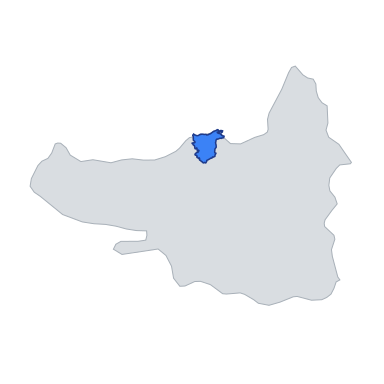 location of Baní, Peravia, Dominican Republic, rotated 176°
{"feature_id": "3306468B54911085338541", "entity_name": "Baní", "entity_type": "district", "adm_level": 2, "iso_a3": "DOM", "parent_name": "Dominican Republic", "parent_adm1": "Peravia", "projection": "natural_earth1", "projection_center": [-70.434, 18.349], "detail": "fine", "context": "in_parent", "style": "filled", "palette": "blue", "viewbox_px": 384, "rotation_deg": 176, "n_neighbors": 0, "source": "geoboundaries", "source_scale": "gbopen_adm2", "svg_char_len": 6300}
<svg xmlns="http://www.w3.org/2000/svg" viewBox="0 0 384 384"><g transform="rotate(176 192 192)"><path d="M51.2,268.5L51.6,251.3L54.0,244.4L51.8,237.1L42.1,229.3L36.2,219.3L30.9,210.4L32.1,209.1L42.7,208.7L46.4,205.5L53.6,196.4L55.0,189.1L54.4,183.5L49.8,176.9L48.0,170.0L53.7,163.9L61.2,155.0L62.3,151.6L62.1,148.3L53.4,138.9L52.8,134.9L56.9,124.8L56.5,118.0L52.5,97.1L50.6,94.0L54.5,92.2L57.1,86.0L60.5,80.4L65.0,77.4L70.1,75.5L80.3,75.7L94.4,80.5L98.3,80.4L111.9,76.0L123.1,73.6L133.6,76.4L137.9,80.2L146.6,86.2L151.0,88.0L164.8,87.8L168.5,88.4L180.1,98.3L189.8,102.3L195.5,102.5L205.6,98.7L210.7,98.8L216.4,107.3L217.6,119.4L222.4,130.5L229.8,137.5L266.2,134.6L274.4,140.4L271.6,145.2L266.4,147.7L249.1,146.6L241.5,147.2L240.0,151.9L240.0,156.4L250.1,157.4L260.1,159.7L270.2,163.2L280.5,165.7L292.1,167.2L303.5,169.8L322.6,178.5L343.7,198.3L349.4,202.8L353.1,209.0L351.3,216.6L343.9,229.1L339.6,233.2L333.4,235.6L329.2,240.7L325.1,249.5L322.6,250.2L319.6,249.8L314.5,244.9L310.9,237.3L300.7,230.1L288.6,231.1L270.8,226.8L260.0,228.9L249.3,229.3L238.2,227.2L227.1,226.5L216.1,229.1L205.3,233.7L201.4,236.6L194.5,243.7L190.8,246.4L164.7,250.0L157.2,244.7L150.2,237.6L140.2,236.6L125.6,242.1L116.5,244.2L112.7,246.5L111.7,249.2L111.6,259.2L109.6,265.3L95.3,288.2L87.3,304.3L84.0,309.3L80.2,310.4L73.2,301.1L68.7,297.7L63.2,296.1L60.9,291.1L61.0,284.1L59.5,277.3L56.1,272.0L51.2,268.5Z" fill="#d9dde1" stroke="#a8b0b8" stroke-width="1"/><path d="M156.1,245.3L156.3,245.6L156.5,245.5L156.8,245.7L157.0,245.8L157.6,245.8L157.8,246.0L157.9,246.3L158.3,246.3L158.5,246.5L158.6,247.0L158.8,247.0L158.9,247.3L159.1,247.4L159.2,247.5L159.2,247.8L159.5,247.9L159.7,248.2L159.8,248.3L160.0,248.6L160.2,248.3L160.6,248.4L160.6,248.6L160.8,248.5L161.0,248.6L161.2,248.8L161.3,248.8L161.2,248.7L161.3,248.6L161.6,248.7L161.7,248.9L161.8,248.9L162.0,249.0L162.4,249.2L162.5,249.3L162.6,249.6L162.4,249.7L162.4,249.8L162.6,249.9L162.6,250.0L162.0,250.0L162.0,249.8L162.0,249.5L161.9,249.5L161.9,249.3L161.8,249.2L161.7,249.1L161.5,248.9L161.4,249.0L161.6,249.1L161.9,249.5L161.9,249.8L161.6,250.1L161.4,250.1L161.3,250.3L161.2,250.4L160.9,250.4L160.8,250.5L160.6,250.3L160.3,250.4L160.1,250.2L159.8,250.1L159.7,250.2L159.8,250.3L159.7,250.4L159.7,250.6L159.3,250.6L159.2,250.4L158.8,250.4L158.6,250.4L158.6,250.2L158.5,249.9L158.4,249.9L158.4,250.1L158.5,250.2L158.4,250.2L158.5,250.3L158.3,250.3L158.3,250.2L158.0,250.2L158.1,250.4L158.1,250.7L158.1,250.8L157.9,250.8L157.9,250.7L157.7,250.6L157.6,250.4L157.7,250.2L157.7,249.8L157.8,249.7L158.1,249.5L158.3,249.3L158.4,249.5L158.4,249.8L158.5,249.8L158.5,249.2L158.8,248.9L158.7,249.0L158.3,249.2L158.1,249.4L157.8,249.5L157.7,249.6L157.6,249.8L157.5,250.0L157.5,250.3L157.3,250.5L157.2,250.9L157.8,251.1L158.2,251.1L158.5,251.1L158.8,251.1L158.9,251.3L159.2,251.1L159.3,251.2L159.5,251.1L159.9,251.0L160.5,251.0L160.8,251.2L161.0,251.3L161.1,251.5L161.3,251.6L161.5,251.9L161.7,252.3L161.8,252.3L161.8,252.1L162.0,252.3L162.2,252.2L162.3,252.4L162.5,252.4L162.6,252.1L162.9,252.1L163.1,251.9L163.3,251.9L163.5,251.8L163.8,251.7L164.1,251.6L164.3,251.5L164.5,251.5L164.9,251.3L165.0,251.3L165.2,251.2L165.6,251.3L165.7,251.2L165.8,251.2L166.2,251.0L166.2,250.8L166.3,250.8L166.5,250.7L166.8,250.6L167.0,250.6L167.3,250.4L167.5,250.1L167.8,250.0L168.3,249.7L168.5,249.5L168.7,249.3L168.9,249.3L169.1,249.1L169.3,249.1L169.9,248.7L170.1,248.6L170.3,248.7L170.5,248.6L170.9,248.5L171.3,248.3L171.5,248.2L171.8,248.0L172.4,247.9L173.2,247.9L173.2,248.0L173.4,248.1L173.6,248.2L173.8,248.3L174.0,248.5L174.3,248.6L174.6,248.5L175.2,248.6L175.7,248.5L176.1,248.7L176.3,248.6L176.6,248.7L176.6,248.8L176.9,248.9L177.1,248.9L177.3,249.0L177.5,249.0L178.1,248.9L178.3,249.0L178.4,248.9L178.7,249.0L178.7,248.9L178.9,248.9L179.7,248.9L179.8,248.7L180.0,248.7L180.4,248.7L180.6,248.6L180.9,248.4L181.0,248.3L181.2,248.2L181.3,248.2L181.5,248.1L182.1,247.8L182.5,247.8L182.8,247.9L183.2,247.9L183.4,248.0L183.7,248.0L184.2,248.3L184.3,248.4L184.4,248.5L184.6,248.5L185.3,248.7L185.3,248.8L185.5,248.9L185.7,249.2L185.9,249.2L185.9,249.3L186.2,249.5L186.2,249.4L186.3,249.3L186.4,249.2L186.5,249.2L186.8,249.0L187.2,248.8L187.3,248.4L187.3,248.1L187.0,247.7L186.9,247.2L186.9,246.2L187.1,245.6L186.9,245.2L186.9,244.8L187.1,244.0L187.1,243.8L186.8,243.2L186.2,242.8L185.7,242.2L185.6,241.9L185.6,241.2L186.0,240.9L187.2,241.0L187.9,240.9L188.5,240.7L188.5,240.4L188.3,240.2L187.8,240.0L187.7,239.8L187.6,239.2L187.5,238.9L187.2,238.7L186.6,238.3L186.4,238.2L186.3,237.5L186.2,237.0L186.1,235.5L185.8,234.9L185.5,234.8L185.2,234.8L184.9,235.0L184.4,235.6L184.2,235.6L184.0,235.3L184.0,233.9L184.0,233.6L183.7,233.0L183.6,232.9L183.2,232.7L182.9,233.2L182.7,233.3L182.5,233.2L182.3,232.8L182.2,232.6L182.3,232.5L182.4,232.4L183.0,232.4L183.0,231.9L183.3,231.1L183.7,231.1L184.2,231.4L184.7,230.9L185.3,230.6L185.5,230.2L186.1,229.9L186.3,229.5L186.4,229.2L186.4,228.9L186.1,228.6L185.8,228.4L185.1,228.3L184.9,228.2L184.8,227.6L184.7,227.5L184.4,227.4L184.4,227.0L184.7,226.6L184.7,226.4L184.4,226.2L184.2,225.8L183.5,225.6L183.2,225.2L182.9,225.2L182.5,225.5L182.4,225.5L182.2,225.2L182.1,224.8L182.4,224.3L182.4,224.0L182.2,223.4L181.9,223.1L181.4,223.0L181.2,222.9L181.0,222.4L180.5,221.8L180.3,221.6L179.9,221.5L179.7,221.4L179.4,221.1L179.2,220.6L178.6,220.2L178.4,220.2L177.8,220.4L177.5,220.6L177.3,220.6L176.8,220.3L176.7,220.1L176.2,220.1L176.0,220.3L175.8,220.7L175.2,221.5L175.1,222.4L174.8,222.6L174.0,222.9L173.3,223.1L172.8,223.5L172.3,223.6L171.8,223.9L171.1,224.4L170.0,224.4L169.8,224.5L169.6,224.6L169.3,225.3L169.1,225.5L168.9,225.5L168.5,225.3L168.2,225.3L167.6,225.7L167.1,225.7L166.7,225.9L166.6,226.1L166.5,227.1L166.4,227.4L165.8,228.2L165.4,229.0L165.7,229.2L166.4,229.5L166.6,230.0L166.6,230.3L166.5,230.7L166.5,231.3L166.3,231.9L166.2,232.7L166.2,232.9L165.9,233.6L164.9,234.7L164.7,235.1L164.7,237.3L164.7,237.5L164.9,238.0L165.0,239.1L165.1,239.6L164.7,240.3L164.6,241.4L164.1,242.6L163.9,242.8L163.3,243.1L163.1,243.1L162.8,242.9L162.6,242.9L162.2,243.1L161.6,243.2L160.8,243.6L160.5,243.7L159.9,243.7L159.4,243.5L159.2,243.4L158.9,243.5L158.5,243.8L158.3,243.9L158.1,243.9L157.7,243.7L157.4,243.7L156.6,244.1L156.1,245.3ZM162.2,249.3L162.1,249.5L162.3,249.6L162.3,249.4L162.2,249.3Z" fill="#3b82f6" stroke="#1e3a8a" stroke-width="1.5"/></g></svg>